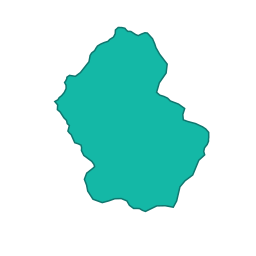 map outline of Eskisehir (orthographic projection), rotated 239°
{"feature_id": "TUR-2269", "entity_name": "Eskisehir", "entity_type": "Province", "adm_level": 1, "iso_a3": "TUR", "parent_name": "Turkey", "parent_adm1": "", "projection": "orthographic", "projection_center": [31.246, 39.627], "detail": "fine", "context": "isolated", "style": "filled", "palette": "teal", "viewbox_px": 256, "rotation_deg": 239, "n_neighbors": 0, "source": "natural_earth", "source_scale": "10m", "svg_char_len": 1449}
<svg xmlns="http://www.w3.org/2000/svg" viewBox="0 0 256 256"><g transform="rotate(239 128 128)"><path d="M94.7,61.0L100.4,63.1L106.5,64.2L110.6,69.4L111.5,76.8L112.0,79.4L114.2,80.1L118.1,79.8L127.2,76.0L132.7,76.5L135.0,78.1L137.5,78.9L140.2,77.1L142.8,74.8L151.6,75.9L153.9,75.2L156.3,74.9L160.3,79.0L163.0,78.2L166.1,79.2L169.8,78.3L176.7,78.1L180.1,76.9L184.0,79.6L188.4,78.9L188.3,82.5L189.5,84.7L189.9,87.8L191.3,91.7L193.7,95.3L196.5,96.9L199.7,97.1L200.4,98.8L201.8,100.9L203.0,101.8L203.2,105.0L199.4,109.5L200.0,115.7L204.9,128.7L209.7,132.9L211.0,135.4L211.5,139.3L212.8,141.5L214.0,144.1L214.0,147.9L213.5,151.6L212.6,155.4L213.0,157.0L213.3,157.7L213.4,162.4L215.4,165.6L218.5,167.7L219.2,171.4L217.3,174.4L215.1,176.7L213.0,177.0L210.9,177.6L210.2,178.9L209.2,180.2L204.1,182.7L201.9,184.4L201.6,188.0L200.9,191.6L199.4,193.5L191.9,195.0L186.2,194.2L182.5,193.3L175.0,193.1L162.6,194.5L155.5,189.0L150.6,178.1L143.9,170.9L139.9,172.1L136.5,175.1L133.2,177.3L129.4,178.2L122.5,183.6L115.5,186.6L111.3,181.9L106.5,179.6L103.1,182.3L97.0,188.2L90.6,192.5L87.2,194.1L82.7,194.9L78.4,192.4L76.9,191.2L75.2,190.2L73.1,187.4L71.6,183.4L68.9,180.8L65.5,179.9L63.9,172.1L54.4,159.3L53.4,149.7L50.8,142.2L40.4,132.1L36.8,126.0L42.2,119.9L46.4,112.6L47.5,100.0L50.1,97.9L53.0,96.4L54.6,94.0L56.1,91.4L61.0,89.4L66.1,89.5L71.0,85.9L74.2,80.2L75.5,73.8L77.3,67.5L85.0,61.3L94.7,61.0Z" fill="#14b8a6" stroke="#0f766e" stroke-width="1.5"/></g></svg>